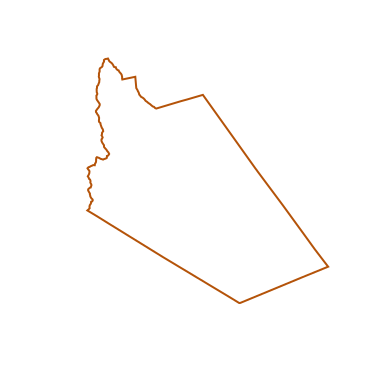 outline of Uruçuí, Piauí, Brazil, rotated 310°
{"feature_id": "56859067B38416521991119", "entity_name": "Uruçuí", "entity_type": "district", "adm_level": 2, "iso_a3": "BRA", "parent_name": "Brazil", "parent_adm1": "Piauí", "projection": "natural_earth1", "projection_center": [-44.572, -7.785], "detail": "fine", "context": "isolated", "style": "outline", "palette": "amber", "viewbox_px": 384, "rotation_deg": 310, "n_neighbors": 0, "source": "geoboundaries", "source_scale": "gbopen_adm2", "svg_char_len": 2701}
<svg xmlns="http://www.w3.org/2000/svg" viewBox="0 0 384 384"><g transform="rotate(310 192 192)"><path d="M110.6,123.7L112.6,136.5L112.7,137.3L114.3,148.6L122.4,204.2L123.4,211.1L136.1,291.5L137.3,299.5L138.1,300.3L197.8,331.4L222.3,344.3L222.6,342.9L223.8,337.4L227.1,322.7L231.1,306.8L240.2,270.2L249.9,229.1L250.4,227.2L250.7,225.8L261.2,185.2L273.4,137.9L259.9,128.9L254.7,125.3L254.1,124.9L245.0,118.9L233.0,111.0L232.6,109.9L232.8,108.2L232.3,106.9L232.3,104.5L232.4,103.7L232.3,103.0L232.1,100.8L232.2,99.9L232.0,98.0L232.1,97.3L232.4,96.5L232.5,95.5L232.6,94.8L232.5,93.4L232.2,92.0L232.2,91.3L232.6,90.3L232.7,89.0L233.3,88.2L234.0,87.1L234.4,85.8L234.9,85.1L235.2,84.2L235.8,82.5L243.8,74.5L233.4,66.3L234.2,65.3L235.1,64.7L236.6,62.7L236.9,61.8L237.1,60.7L237.2,59.7L237.4,59.0L238.0,57.5L237.6,56.8L237.6,55.8L237.8,54.6L238.6,53.4L238.1,52.8L237.7,51.6L238.2,50.8L238.5,50.1L239.0,48.4L239.1,47.6L239.0,45.1L239.1,44.4L239.4,43.7L239.9,42.7L240.2,41.8L239.7,41.6L238.5,40.4L238.0,40.1L236.7,39.7L236.0,40.1L235.3,40.8L234.0,41.0L232.8,41.3L230.9,42.5L229.8,42.6L227.8,42.0L227.1,42.1L226.4,42.5L225.6,43.2L224.9,43.8L223.2,44.4L222.6,44.8L221.8,45.6L220.4,46.5L219.8,47.4L219.3,48.3L218.5,49.0L217.7,49.4L216.6,50.3L214.7,50.9L213.5,51.4L212.1,51.3L211.5,51.6L210.6,52.4L209.9,52.6L209.2,53.1L207.2,54.9L206.7,55.9L206.3,56.4L205.6,56.7L204.4,56.8L202.1,58.8L201.7,59.4L201.3,60.5L201.1,61.3L200.4,63.8L200.1,64.7L199.6,65.2L198.9,65.6L196.9,66.1L195.2,66.1L194.6,66.1L193.3,66.2L192.3,66.3L191.4,67.3L191.3,68.1L190.7,69.5L190.4,71.1L189.1,73.2L186.6,75.0L186.0,75.8L185.9,77.6L185.0,78.5L183.2,81.6L182.9,82.7L182.6,83.5L181.5,84.9L180.7,84.9L179.3,85.1L178.6,85.8L177.2,86.3L176.9,87.5L176.2,88.6L175.5,88.6L174.8,88.9L174.2,88.8L173.5,89.3L172.9,89.9L172.1,91.5L171.2,94.6L170.4,95.2L169.8,96.0L169.7,97.3L169.5,97.9L169.5,98.8L169.3,99.6L169.0,100.1L168.6,102.5L167.9,104.1L166.8,104.3L165.5,104.2L164.9,103.7L164.4,104.1L163.4,104.8L162.1,104.4L160.6,103.4L159.9,103.2L159.5,102.7L159.3,102.0L158.7,100.8L158.3,98.6L157.9,97.8L157.6,96.8L156.7,96.7L155.0,97.8L154.3,98.5L153.6,98.9L152.7,99.4L151.6,99.4L150.8,99.8L150.0,100.3L149.1,99.0L147.9,98.5L146.8,97.9L145.1,97.3L144.5,96.8L143.0,96.7L142.6,97.9L142.3,99.5L142.0,100.1L140.5,101.2L138.8,101.8L137.0,102.1L136.6,103.6L135.9,104.6L136.0,105.9L135.1,107.3L134.1,107.8L133.6,108.6L133.1,110.0L132.4,110.7L130.3,111.5L129.7,111.0L127.6,110.7L126.7,111.1L126.0,112.4L125.2,114.8L124.4,115.4L123.9,116.3L123.4,116.7L123.0,117.5L122.5,119.0L122.4,120.5L122.0,121.2L120.7,121.6L119.7,121.0L118.1,122.0L116.1,122.2L114.7,123.0L113.8,124.0L112.2,124.0L111.5,123.8L110.6,123.7Z" fill="none" stroke="#b45309" stroke-width="2"/></g></svg>